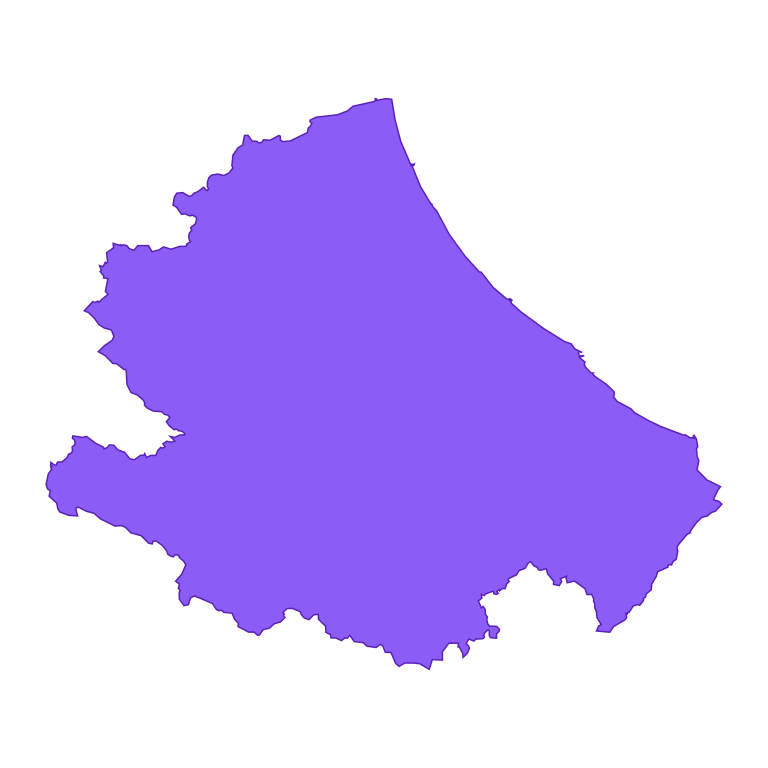 Abruzzo, Pescara, Italy
{"feature_id": "23120603B60396852211", "entity_name": "Abruzzo", "entity_type": "district", "adm_level": 2, "iso_a3": "ITA", "parent_name": "Italy", "parent_adm1": "Pescara", "projection": "robinson", "projection_center": [14.015, 42.289], "detail": "fine", "context": "isolated", "style": "filled", "palette": "violet", "viewbox_px": 768, "rotation_deg": 0, "n_neighbors": 0, "source": "geoboundaries", "source_scale": "gbopen_adm2", "svg_char_len": 6070}
<svg xmlns="http://www.w3.org/2000/svg" viewBox="0 0 768 768"><path d="M176.9,193.1L174.5,196.6L173.0,205.0L176.6,207.3L181.5,214.3L185.1,213.8L189.3,215.8L192.5,215.3L196.1,217.2L196.6,218.7L195.5,223.6L190.6,227.7L191.7,230.4L189.3,233.1L188.7,236.6L189.5,240.5L190.6,241.5L186.6,244.1L187.1,244.9L185.9,246.3L179.8,246.4L171.0,249.2L163.5,246.9L159.0,249.9L152.1,251.7L148.4,245.6L137.8,245.6L134.0,250.2L129.5,248.8L126.7,245.5L123.1,244.8L121.3,245.7L120.7,244.6L119.2,245.2L113.2,243.3L113.5,247.8L106.6,252.7L107.6,262.2L106.3,263.1L105.3,262.3L103.1,266.7L99.5,265.6L101.4,270.5L100.1,271.4L103.8,276.2L103.6,277.9L107.9,278.5L105.4,291.4L108.1,294.2L98.7,302.2L97.8,301.2L95.7,302.3L92.6,301.8L84.2,310.8L88.4,312.5L94.0,317.8L99.1,324.8L104.5,328.1L110.6,329.6L112.0,331.3L113.9,336.6L112.1,340.4L104.5,345.6L98.3,351.7L105.2,355.6L112.7,363.3L116.9,363.9L123.8,369.4L126.1,369.5L127.0,384.6L131.1,392.6L137.6,395.1L143.2,400.1L144.8,402.9L144.4,405.1L147.3,408.1L153.1,411.0L161.8,411.7L164.5,414.4L167.8,415.1L169.8,417.4L166.3,421.8L169.6,426.1L174.1,429.7L176.9,429.1L178.4,430.7L181.9,431.2L184.6,433.4L184.6,434.8L179.9,435.0L174.7,437.4L170.3,436.5L174.9,441.0L171.2,442.2L166.9,441.2L162.9,443.8L165.0,446.8L162.8,448.1L160.7,447.4L157.7,450.6L155.8,455.4L150.8,455.4L146.5,457.5L144.7,453.6L144.0,455.2L140.6,455.3L134.4,459.7L129.9,458.9L124.7,452.3L117.9,449.9L113.9,445.3L109.3,444.9L107.4,447.5L104.1,448.8L103.4,447.2L95.7,443.3L86.5,436.4L82.6,437.4L72.8,435.9L72.4,438.2L74.7,440.3L75.1,444.4L72.1,447.0L72.5,450.6L71.6,452.8L68.5,454.3L67.1,457.6L62.0,461.9L57.4,462.2L56.3,465.0L54.3,465.0L50.9,462.3L50.7,465.2L51.7,466.2L50.7,466.8L51.6,469.3L48.3,473.9L46.1,484.4L47.7,489.2L50.3,490.5L49.1,496.2L56.7,503.1L57.8,508.6L59.8,512.0L69.0,515.4L77.6,515.9L75.9,509.4L76.6,507.4L79.1,507.5L86.5,511.3L94.1,513.3L100.6,519.0L115.1,526.1L121.2,525.6L125.3,527.2L131.0,532.9L141.0,535.6L148.8,543.3L152.3,543.9L153.0,541.2L156.1,541.0L162.4,545.5L166.7,550.8L167.8,554.2L171.1,556.3L173.3,556.8L175.3,554.6L178.7,555.4L179.3,557.4L183.7,561.2L185.8,564.8L181.8,574.2L175.6,581.2L179.4,584.0L178.3,588.3L180.3,590.5L179.2,592.3L179.3,599.1L184.0,605.6L188.4,604.7L190.5,597.8L194.4,596.1L198.4,597.5L212.5,603.5L216.3,609.4L218.6,610.7L221.4,610.2L223.9,612.4L232.1,613.1L234.5,619.1L238.4,623.3L238.0,626.5L248.5,632.1L254.1,632.1L257.7,635.3L259.4,635.0L263.2,629.6L269.2,628.2L274.5,623.6L280.5,622.0L284.9,617.5L283.7,615.8L284.2,613.8L282.9,612.6L286.9,608.6L292.4,608.4L300.4,611.8L301.1,614.3L304.1,617.8L309.0,619.7L313.5,614.9L318.2,614.3L318.5,619.3L325.6,626.2L325.9,632.4L330.5,634.7L331.0,637.9L335.7,637.9L341.5,640.6L344.9,637.9L347.4,638.2L349.7,635.3L354.3,641.6L363.4,642.7L366.9,646.2L376.2,647.5L380.4,644.3L382.7,645.7L385.3,652.3L391.0,652.5L395.7,663.5L399.1,666.4L404.8,663.0L414.8,663.1L419.8,663.8L429.2,669.3L432.3,659.6L442.4,660.1L442.4,651.9L448.7,643.3L458.3,643.1L458.2,647.1L459.3,646.9L462.7,653.5L463.1,657.4L467.4,653.1L469.3,648.6L468.8,646.3L466.2,643.5L468.8,639.0L473.8,641.1L475.8,639.1L482.9,638.7L484.5,637.0L483.8,635.3L484.7,632.9L487.9,629.9L489.3,630.7L489.3,635.7L490.6,637.7L496.5,638.2L496.6,633.7L499.0,631.4L499.5,629.3L496.5,626.3L489.8,626.2L487.8,624.0L486.8,619.5L487.4,617.0L485.5,614.3L485.1,609.2L483.0,606.4L481.3,607.9L478.4,601.0L481.8,598.1L481.4,594.5L484.3,595.5L485.6,593.9L493.2,591.1L494.0,593.9L496.8,594.3L498.2,593.3L496.7,591.4L499.1,589.6L499.6,590.8L502.6,588.4L505.1,588.7L506.7,583.9L509.3,581.3L508.0,580.2L508.4,578.7L516.5,574.9L519.0,570.6L525.0,568.4L528.4,562.9L530.9,561.7L533.7,565.8L537.2,567.3L538.5,569.9L541.8,570.1L546.2,568.5L547.6,573.8L553.6,581.1L553.5,584.4L559.3,585.6L561.7,581.4L560.5,578.7L566.4,576.2L566.1,578.7L567.3,582.8L574.4,581.0L585.1,588.8L587.0,594.6L591.6,594.4L593.8,598.9L593.5,601.1L594.8,603.9L594.7,607.9L596.3,611.1L597.0,617.6L601.2,624.6L598.6,626.0L596.5,631.0L609.8,632.2L613.5,626.6L624.9,619.9L626.7,617.6L625.7,613.5L627.1,614.2L627.7,612.2L628.9,612.6L633.2,606.0L637.6,604.6L639.8,605.3L643.3,600.8L643.9,598.1L645.6,597.0L646.2,594.0L651.2,589.8L651.7,584.2L656.4,576.1L657.5,571.8L667.9,567.1L668.4,564.6L671.5,564.9L673.0,561.6L676.2,559.4L677.7,551.4L677.1,547.4L678.3,544.8L687.0,534.5L690.6,532.5L690.2,531.2L696.6,522.5L701.9,517.3L707.5,515.9L711.4,512.5L715.4,511.2L721.9,504.1L718.5,501.1L713.4,499.8L717.9,490.0L720.5,486.7L707.0,480.0L697.0,469.9L698.8,460.5L697.1,456.6L696.5,448.9L697.7,446.5L696.3,438.7L694.4,436.1L695.3,437.9L693.9,438.6L693.2,437.4L694.7,434.9L693.5,435.7L693.1,436.9L693.1,437.7L690.2,437.8L685.4,434.9L683.3,435.0L660.5,426.4L647.1,419.9L634.5,412.6L630.9,408.8L617.0,401.3L613.7,397.1L614.4,392.9L613.6,391.2L606.2,384.2L595.4,376.8L592.4,373.7L593.2,373.1L590.8,372.8L584.9,366.4L584.3,363.7L585.0,362.1L580.1,358.0L580.2,357.0L582.8,356.2L584.2,355.6L580.4,355.9L580.9,356.6L579.5,357.1L578.4,352.5L579.2,351.8L578.3,351.4L582.2,352.5L574.7,348.8L571.2,343.8L564.4,341.5L543.6,328.5L521.3,312.2L511.7,303.6L510.7,301.6L511.7,300.6L511.0,300.0L510.6,299.8L510.6,301.4L509.0,299.6L510.0,299.0L512.4,300.8L511.5,299.6L509.5,298.6L508.3,299.6L506.1,298.5L493.2,287.5L481.0,272.0L479.4,272.0L465.1,256.3L449.3,234.5L436.5,210.7L432.4,206.2L431.8,203.9L430.9,203.9L420.5,186.6L412.6,167.3L412.3,166.2L414.1,165.0L414.3,164.2L411.6,166.1L410.9,164.7L413.1,164.8L413.6,164.3L411.1,164.3L409.9,162.7L400.7,141.3L395.1,120.0L391.7,99.2L385.6,98.7L376.4,100.5L376.7,99.0L375.1,98.7L375.4,100.3L374.3,101.5L353.1,106.2L347.3,111.0L337.4,114.8L316.2,117.2L310.1,120.1L310.0,121.8L311.8,122.9L310.4,126.2L308.3,127.9L307.3,132.6L290.1,141.0L282.8,141.6L280.4,140.0L280.3,136.2L278.8,135.5L270.0,140.3L263.5,139.7L262.0,142.2L258.9,143.1L257.0,141.3L252.3,141.2L248.0,135.3L244.5,135.5L242.6,145.2L238.1,147.6L232.9,155.2L231.9,165.9L233.0,167.9L228.7,173.1L224.1,175.5L217.6,174.0L211.4,175.2L208.8,177.7L207.4,182.4L207.4,187.0L208.7,188.6L207.1,190.8L203.5,187.3L198.0,191.6L193.7,193.3L192.1,195.5L189.2,196.4L182.8,192.6L176.9,193.1Z" fill="#8b5cf6" stroke="#5b21b6" stroke-width="1.5"/></svg>